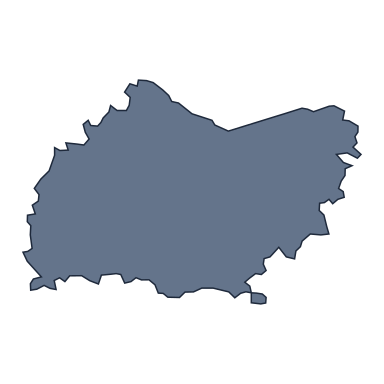 outline of David Canabarro, Rio Grande do Sul, Brazil
{"feature_id": "56859067B20020049271411", "entity_name": "David Canabarro", "entity_type": "district", "adm_level": 2, "iso_a3": "BRA", "parent_name": "Brazil", "parent_adm1": "Rio Grande do Sul", "projection": "robinson", "projection_center": [-51.809, -28.414], "detail": "fine", "context": "isolated", "style": "filled", "palette": "slate", "viewbox_px": 384, "rotation_deg": 0, "n_neighbors": 0, "source": "geoboundaries", "source_scale": "gbopen_adm2", "svg_char_len": 1892}
<svg xmlns="http://www.w3.org/2000/svg" viewBox="0 0 384 384"><path d="M36.8,289.2L44.1,285.4L50.1,288.4L56.1,289.5L54.2,280.5L59.6,277.8L64.9,281.6L69.7,275.8L81.7,275.7L89.8,280.7L98.4,284.0L101.4,275.1L110.1,274.3L116.2,273.6L120.8,274.5L124.7,283.1L131.0,281.6L136.0,277.7L141.5,279.9L149.0,279.8L155.0,284.8L158.3,293.1L163.2,293.4L167.8,297.2L179.5,297.5L185.0,292.1L193.5,291.9L201.8,288.1L213.1,288.1L228.8,291.9L234.8,297.8L240.6,293.3L245.9,291.8L251.3,292.8L249.8,286.1L244.8,282.2L249.6,278.1L255.6,273.6L261.4,274.5L266.1,270.5L263.3,264.2L264.1,258.6L270.0,256.9L278.8,247.3L286.3,256.9L294.6,258.9L295.9,251.0L300.4,246.7L302.1,241.1L310.3,234.0L320.9,234.9L328.9,234.0L326.7,226.4L323.9,215.0L319.2,210.5L319.6,203.2L324.4,202.6L329.0,199.3L332.7,203.7L337.9,199.3L344.2,197.3L343.2,191.6L338.6,188.5L341.2,181.1L345.0,175.5L345.2,168.7L352.0,165.7L343.4,162.5L336.4,154.4L347.2,152.9L357.4,158.2L361.0,154.4L353.0,147.1L357.0,142.9L354.9,136.6L357.9,132.1L358.0,126.1L349.0,120.8L342.7,120.0L344.5,111.1L338.7,108.2L334.0,105.8L329.2,106.2L313.5,111.7L307.6,109.2L302.0,108.2L284.6,113.7L275.8,116.4L228.3,131.1L214.8,125.0L212.0,120.3L192.0,113.8L178.5,103.0L171.7,101.5L168.7,95.5L162.8,90.0L153.2,82.6L146.5,80.6L138.4,80.1L137.2,86.1L129.9,83.8L124.6,92.1L130.2,97.4L129.2,105.3L126.4,110.5L117.1,110.5L110.6,105.5L108.9,112.0L103.2,117.9L100.9,122.5L97.6,126.1L90.7,125.5L88.2,120.3L83.2,124.4L85.3,132.3L89.1,139.0L83.9,145.0L77.3,144.1L65.9,142.9L68.2,150.1L59.9,150.5L54.6,147.6L54.6,155.3L49.1,170.9L40.9,179.0L34.3,188.4L39.0,194.6L38.3,201.1L32.3,205.2L35.3,213.9L27.5,215.2L27.3,221.7L30.8,225.7L30.3,234.9L32.1,248.4L27.8,251.4L23.0,252.2L27.3,261.3L41.4,276.9L33.4,279.0L30.4,283.7L30.7,290.2L36.8,289.2ZM251.3,292.8L251.3,302.8L260.8,303.9L265.7,303.0L266.1,297.4L262.3,294.0L256.4,293.1L251.3,292.8Z" fill="#64748b" stroke="#1e293b" stroke-width="1.5"/></svg>